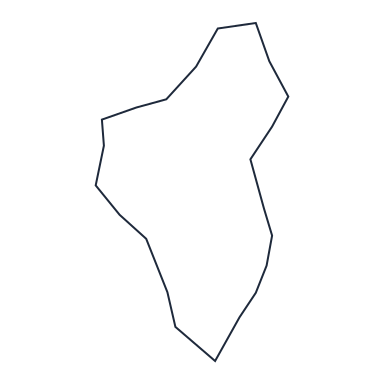 Agia Eirini Lefkosias, Nicosia, Cyprus
{"feature_id": "46923920B45415874834120", "entity_name": "Agia Eirini Lefkosias", "entity_type": "district", "adm_level": 2, "iso_a3": "CYP", "parent_name": "Cyprus", "parent_adm1": "Nicosia", "projection": "albers", "projection_center": [32.964, 34.983], "detail": "fine", "context": "isolated", "style": "outline", "palette": "slate", "viewbox_px": 384, "rotation_deg": 0, "n_neighbors": 0, "source": "geoboundaries", "source_scale": "gbopen_adm2", "svg_char_len": 396}
<svg xmlns="http://www.w3.org/2000/svg" viewBox="0 0 384 384"><path d="M103.9,145.7L95.7,185.4L119.6,214.8L146.2,238.8L167.4,292.2L175.4,326.9L215.1,361.0L239.5,317.3L255.8,292.8L266.6,265.6L272.1,235.6L263.9,208.3L250.4,159.3L272.1,126.6L288.3,96.6L269.3,61.2L255.8,23.0L217.8,28.5L196.1,66.6L166.3,99.3L136.4,107.5L101.9,119.6L103.9,145.7Z" fill="none" stroke="#1e293b" stroke-width="2"/></svg>